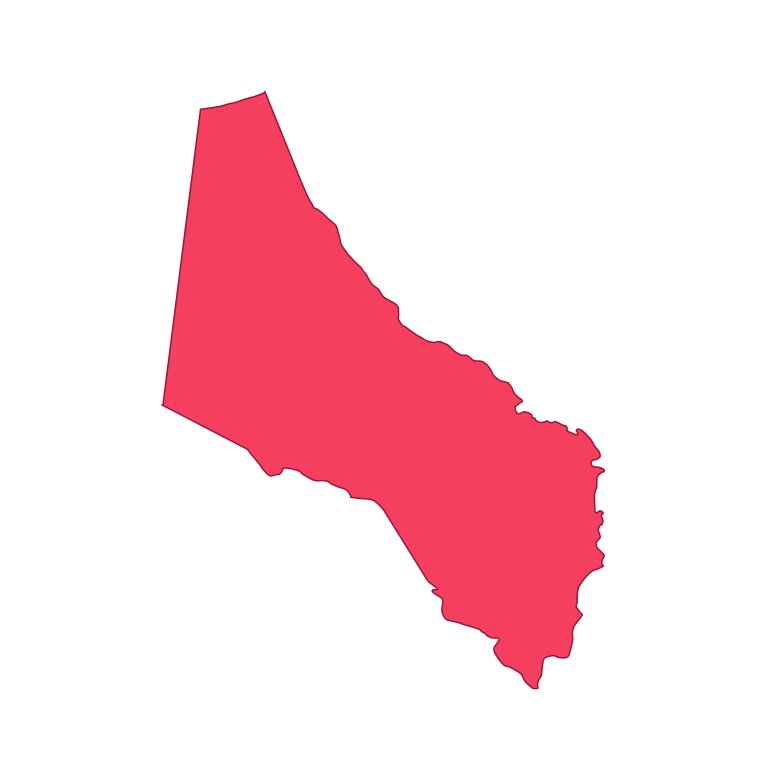 Concepcion del Sur, Santa Bárbara, Honduras, rotated 292°
{"feature_id": "27666195B6871668966766", "entity_name": "Concepcion del Sur", "entity_type": "district", "adm_level": 2, "iso_a3": "HND", "parent_name": "Honduras", "parent_adm1": "Santa Bárbara", "projection": "robinson", "projection_center": [-88.156, 14.821], "detail": "fine", "context": "isolated", "style": "filled", "palette": "rose", "viewbox_px": 768, "rotation_deg": 292, "n_neighbors": 0, "source": "geoboundaries", "source_scale": "gbopen_adm2", "svg_char_len": 6171}
<svg xmlns="http://www.w3.org/2000/svg" viewBox="0 0 768 768"><g transform="rotate(292 384 384)"><path d="M281.4,186.2L272.3,282.0L269.4,286.5L267.2,290.9L262.1,300.1L260.2,302.6L259.2,304.3L257.1,308.8L256.5,310.7L256.2,312.2L256.4,313.5L256.7,314.3L258.5,316.6L260.1,318.8L260.4,319.5L260.8,320.5L261.3,321.1L262.6,321.7L265.1,322.1L268.2,322.2L269.3,324.5L270.0,326.3L270.9,331.1L271.5,335.9L271.5,338.5L271.4,339.2L270.5,340.8L269.7,343.4L268.5,353.1L268.5,354.4L268.7,356.2L269.2,358.2L269.6,359.5L270.8,361.7L271.5,363.6L272.3,366.0L272.6,367.6L272.6,369.3L271.7,372.2L271.5,374.1L271.5,381.7L271.9,385.7L271.9,387.2L271.7,388.3L271.4,389.5L270.2,391.9L268.4,394.4L267.4,395.2L266.5,395.8L269.1,405.5L271.3,412.1L271.7,413.9L272.0,415.8L272.1,417.4L271.9,419.0L271.5,420.8L270.2,424.5L267.7,429.7L266.1,432.3L263.0,436.4L217.4,499.0L214.7,509.1L214.2,510.1L213.7,510.5L213.3,510.4L212.0,507.5L211.4,506.5L210.6,506.1L210.0,506.3L209.4,507.1L208.8,508.9L207.7,514.0L207.4,517.1L207.1,517.8L206.6,518.6L205.5,519.4L204.1,520.1L197.5,521.8L196.0,522.4L194.6,523.2L193.2,524.2L192.2,525.2L190.5,527.0L189.5,528.6L189.0,529.9L188.9,531.4L190.7,542.4L190.8,546.7L191.9,557.8L192.2,563.5L192.1,565.1L191.3,566.8L190.9,568.0L190.4,571.6L190.1,572.3L189.5,573.2L189.3,573.7L189.2,575.2L188.8,577.8L188.9,578.6L189.8,581.4L191.1,584.3L191.2,584.9L191.2,585.6L190.7,586.3L190.0,586.7L187.1,586.2L181.6,584.9L180.7,584.9L179.7,585.1L178.0,586.0L176.5,587.2L175.1,588.9L173.1,591.6L170.9,595.1L169.7,597.3L168.8,599.2L168.2,601.0L168.0,602.7L168.6,605.4L168.5,609.1L167.5,615.7L166.6,619.4L166.1,620.5L165.4,621.4L162.9,624.0L160.6,627.0L159.4,630.1L157.7,635.2L157.7,636.5L158.0,637.9L158.7,639.4L159.7,640.7L162.0,639.4L163.5,638.8L164.9,638.5L167.3,638.3L168.7,638.5L170.9,639.0L172.7,639.0L173.8,638.8L181.1,636.7L186.9,635.2L188.5,635.2L189.8,635.5L191.0,636.3L192.4,637.8L194.0,639.9L195.0,641.5L195.7,643.1L195.9,644.3L195.9,645.1L195.7,646.5L195.8,647.9L196.7,651.4L197.4,653.4L198.2,655.0L198.9,655.8L199.8,656.4L201.1,656.9L203.0,657.0L206.6,656.6L213.5,655.6L217.1,654.9L219.0,654.3L221.6,652.9L223.6,652.0L226.5,651.3L229.1,650.9L230.9,650.9L232.4,651.2L239.4,653.3L243.5,654.3L244.1,654.3L244.5,654.0L245.1,653.2L246.2,650.5L247.8,647.9L249.0,646.4L250.3,645.3L251.3,645.0L252.8,645.1L253.9,644.9L259.1,642.8L262.1,641.8L265.2,641.0L268.2,640.6L269.9,640.7L273.0,641.3L277.9,642.5L282.3,644.0L286.0,645.6L287.6,646.5L289.0,647.6L290.2,648.7L293.3,652.2L297.4,655.7L298.1,654.5L299.0,653.5L299.8,653.0L300.9,652.5L302.3,652.2L306.2,652.6L307.2,652.5L307.8,652.3L309.0,650.0L311.4,644.2L312.0,643.2L312.5,642.5L313.2,641.8L314.5,641.0L315.6,640.4L316.3,640.2L317.3,640.3L318.8,640.7L321.2,641.7L322.8,641.9L323.7,641.5L325.1,640.6L326.0,639.8L327.8,637.9L329.4,637.3L331.4,637.0L333.2,637.1L333.9,637.4L334.7,638.2L335.2,638.6L336.2,638.8L337.1,638.8L338.6,638.4L340.0,637.7L341.2,636.8L342.9,635.2L343.9,634.6L345.9,635.6L346.5,635.5L346.9,635.0L347.3,633.9L347.5,632.9L347.4,632.0L347.1,631.5L346.2,630.7L345.7,630.4L344.8,630.1L344.3,629.7L343.9,628.8L344.0,628.1L344.7,627.6L345.7,627.0L358.3,621.3L360.4,620.6L363.4,619.9L364.8,619.8L366.6,620.1L367.8,619.9L376.2,616.8L377.7,616.5L379.3,616.8L381.5,617.7L384.1,619.3L384.4,619.7L384.7,620.3L385.0,620.8L385.6,620.9L386.2,620.8L386.8,620.2L387.2,619.4L387.4,618.5L387.5,617.2L387.2,614.3L386.8,612.7L386.0,610.6L385.9,609.8L385.9,609.1L386.2,608.0L386.6,607.0L387.2,606.2L388.0,605.7L388.8,605.5L389.6,605.5L390.5,605.6L391.3,605.9L392.2,606.8L393.2,608.6L393.9,609.4L395.6,610.8L397.2,611.5L397.9,611.5L399.2,610.9L400.6,609.9L401.7,608.9L402.2,608.2L405.4,602.3L406.0,601.5L408.2,599.0L410.0,596.4L411.1,594.5L412.6,591.3L414.2,587.5L414.9,585.1L415.1,583.3L415.2,581.9L415.0,581.0L414.6,580.3L413.8,579.8L413.1,579.7L412.7,579.9L410.9,582.1L410.4,582.4L409.8,582.3L409.4,581.9L409.0,581.2L408.8,580.5L408.9,573.1L409.1,571.4L409.4,571.1L410.5,570.9L411.9,570.1L412.8,569.3L413.1,568.6L413.2,567.7L412.9,565.9L412.8,564.7L413.4,558.6L413.2,557.2L413.1,556.5L412.6,555.9L411.8,555.3L411.4,554.8L410.8,553.4L410.5,552.1L410.5,550.9L410.6,550.2L410.9,549.4L410.9,548.9L410.6,548.5L409.6,547.7L408.0,545.6L407.2,544.1L406.6,542.5L406.7,540.9L407.1,538.7L407.6,537.9L408.5,537.0L408.8,536.5L408.7,536.0L408.2,535.1L408.3,534.5L408.7,533.8L409.6,533.4L410.2,533.0L410.8,532.2L411.1,531.3L411.4,528.6L411.2,526.0L410.8,524.6L410.3,523.7L409.7,522.9L408.2,521.9L407.3,520.9L406.8,519.6L406.9,518.5L407.6,517.0L408.9,515.7L410.6,514.7L411.9,514.3L413.1,514.6L414.7,515.5L417.1,517.0L419.2,518.7L419.5,518.8L420.0,518.7L420.6,518.0L421.1,517.2L421.4,516.3L421.7,514.0L422.1,512.8L423.6,509.3L424.3,508.3L425.8,506.4L428.3,504.1L431.5,499.0L431.6,498.4L431.4,496.1L430.7,491.7L430.6,490.5L431.0,488.3L431.8,485.3L432.6,483.3L433.3,481.9L433.9,481.1L435.7,479.4L438.3,475.9L439.3,474.4L439.9,473.2L440.6,471.6L441.1,470.0L441.5,468.3L441.6,466.7L441.4,465.2L440.9,463.4L439.8,460.8L439.5,459.1L439.5,458.0L439.6,456.9L440.9,453.3L441.5,450.2L441.4,449.2L440.6,447.6L440.0,445.9L439.8,444.8L439.8,443.4L440.1,440.6L440.7,437.3L441.6,434.7L443.3,431.1L444.1,428.5L444.2,427.3L444.3,420.8L444.2,420.1L443.4,418.3L442.8,417.2L441.6,415.6L441.0,414.1L440.4,411.1L440.0,406.8L440.2,405.3L441.0,401.2L441.8,395.1L443.8,386.6L444.9,382.7L445.0,381.8L444.9,380.1L445.4,378.5L447.3,375.7L448.7,374.0L449.7,372.9L450.9,372.4L453.4,371.8L457.0,370.1L459.1,369.3L460.5,368.4L461.5,367.1L462.2,365.4L462.8,363.3L464.0,352.6L465.1,350.0L466.1,347.9L468.1,345.9L469.7,343.1L470.4,341.3L470.9,339.0L471.5,337.1L472.1,335.5L472.8,334.1L475.2,330.9L478.7,326.8L480.2,324.1L481.1,322.0L483.2,319.3L486.9,309.8L487.7,308.5L489.2,305.3L490.5,302.3L491.8,300.0L492.3,299.4L495.2,294.8L497.8,291.5L502.5,288.4L511.3,281.8L512.9,280.0L514.0,277.6L516.2,270.7L519.7,262.3L520.1,260.4L521.0,257.0L521.1,252.9L524.0,249.6L526.9,245.6L533.8,238.2L543.8,228.2L551.1,221.3L610.3,164.1L609.1,163.6L608.3,163.1L602.0,156.3L599.2,152.5L595.8,148.1L589.2,140.6L587.7,138.4L586.1,135.7L582.7,131.6L579.6,127.4L578.4,125.2L576.0,121.6L574.2,118.2L571.7,114.2L570.0,111.0L282.2,186.8L281.4,186.2Z" fill="#f43f5e" stroke="#9f1239" stroke-width="1.5"/></g></svg>